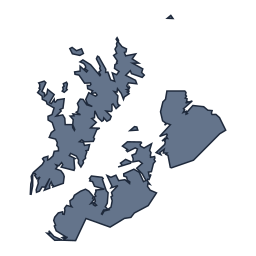 Hammerfest nor, Finnmark, Norway (Mercator projection)
{"feature_id": "86288312B61529177731516", "entity_name": "Hammerfest nor", "entity_type": "district", "adm_level": 2, "iso_a3": "NOR", "parent_name": "Norway", "parent_adm1": "Finnmark", "projection": "mercator", "projection_center": [23.196, 70.658], "detail": "fine", "context": "isolated", "style": "filled", "palette": "slate", "viewbox_px": 256, "rotation_deg": 0, "n_neighbors": 0, "source": "geoboundaries", "source_scale": "gbopen_adm2", "svg_char_len": 5698}
<svg xmlns="http://www.w3.org/2000/svg" viewBox="0 0 256 256"><path d="M30.3,194.2L31.1,194.3L32.7,185.8L32.7,173.9L35.1,173.5L35.8,174.5L34.7,175.4L37.0,178.9L40.0,177.0L37.9,180.6L38.3,183.3L36.2,189.8L36.5,192.3L39.5,191.1L42.1,186.9L45.0,187.2L49.8,178.4L44.3,190.2L49.8,188.1L49.5,185.2L51.2,181.9L52.3,184.4L51.8,185.1L53.2,185.5L52.9,187.0L63.3,183.3L64.2,176.6L63.4,174.1L60.9,170.7L55.7,168.8L57.4,166.6L56.1,164.9L58.8,165.8L61.6,162.6L62.8,164.7L61.2,167.1L74.0,170.4L74.7,168.4L73.9,159.1L75.2,158.6L69.3,155.6L70.6,153.4L76.3,156.0L78.6,160.0L78.3,162.9L80.9,167.0L83.5,162.8L83.0,160.6L85.6,158.2L85.3,156.3L86.8,152.0L86.0,150.7L88.2,150.2L89.6,144.6L84.5,145.4L83.4,142.3L79.4,141.7L81.7,139.8L84.4,141.8L93.3,141.4L94.5,138.8L93.5,137.4L96.8,129.7L99.8,128.2L90.5,127.9L96.3,122.4L91.8,118.5L94.5,117.7L94.8,110.8L98.1,117.7L101.8,121.3L103.3,120.4L103.8,117.9L106.9,121.3L110.0,119.6L111.2,116.4L106.0,111.0L111.0,111.6L112.0,110.6L111.9,104.5L113.0,103.9L116.1,108.6L119.7,105.3L118.1,104.6L117.4,101.8L117.9,95.9L114.1,91.5L117.0,92.1L117.5,88.7L121.2,93.4L123.5,99.4L124.3,97.0L129.1,93.7L127.2,92.1L128.7,91.8L129.0,91.3L128.9,91.0L126.7,89.6L128.7,89.4L129.7,87.5L129.0,86.5L128.8,88.7L126.7,85.9L128.4,82.8L136.8,83.8L135.5,80.3L125.7,75.3L130.3,70.7L131.5,73.6L142.2,77.4L144.3,75.1L141.6,72.5L142.8,68.9L132.5,63.2L138.8,63.1L132.2,58.9L135.7,53.9L125.6,55.8L124.4,52.4L126.0,51.9L126.5,48.9L122.0,46.7L118.4,42.1L118.5,40.3L117.1,37.7L116.1,39.2L117.6,41.3L116.5,43.7L116.9,46.0L115.0,49.1L116.7,53.3L113.6,55.4L117.4,61.0L116.5,62.2L117.1,63.2L114.9,64.7L114.5,68.4L119.0,71.5L116.6,74.7L112.3,72.9L114.7,81.3L110.7,79.9L107.9,72.1L105.6,72.4L105.8,69.2L98.8,56.8L97.5,56.2L96.4,58.8L100.2,66.3L99.7,68.6L100.8,70.4L98.9,72.0L100.5,74.9L99.9,75.7L90.6,64.7L82.9,59.9L80.0,61.9L83.7,63.5L85.4,65.7L85.7,67.5L84.8,68.5L87.6,70.7L86.5,72.0L80.1,66.2L80.1,71.1L74.6,71.9L75.0,74.3L79.0,75.1L84.6,83.2L90.5,82.9L90.9,84.4L89.8,85.6L87.3,85.4L87.7,88.7L92.7,90.8L91.6,92.1L92.0,93.4L95.5,92.7L97.1,94.9L95.6,96.2L88.8,92.7L85.7,99.5L87.5,104.0L92.3,106.5L86.7,104.8L83.1,99.4L80.3,99.1L77.4,103.5L78.7,106.9L77.9,111.1L76.2,112.2L80.5,114.7L72.9,113.9L74.0,115.8L70.1,116.1L73.2,119.6L72.7,124.8L74.8,129.5L74.4,130.4L72.7,127.7L72.5,124.6L65.2,124.6L64.8,118.3L62.7,114.9L56.1,116.1L61.2,111.0L60.0,109.5L63.0,108.2L64.2,98.8L57.4,99.8L55.5,102.1L54.4,101.9L54.2,99.3L51.3,103.6L49.4,102.7L54.2,94.6L47.7,89.4L46.8,94.1L44.3,96.5L44.6,93.2L41.9,91.5L45.9,82.7L44.2,81.1L38.7,82.9L39.7,84.5L39.7,87.4L39.0,88.1L40.1,89.2L37.6,92.6L42.1,96.1L42.3,99.3L46.3,101.3L47.0,103.9L54.1,108.0L52.0,114.6L48.0,116.3L48.1,120.0L52.2,122.5L54.7,130.0L51.3,132.5L49.2,137.4L55.6,139.1L57.3,142.5L56.8,145.5L58.4,147.5L58.5,150.8L54.2,151.3L53.0,155.9L49.3,159.3L47.6,160.0L47.9,156.3L43.6,157.6L42.5,158.8L44.2,161.2L42.3,164.5L33.3,172.5L31.2,176.3L31.7,180.7L30.8,184.0L30.3,194.2ZM156.5,192.9L150.2,190.2L147.5,186.4L147.9,183.6L149.9,184.3L147.3,180.9L147.6,179.3L149.0,179.6L151.0,174.5L149.2,176.0L148.4,172.1L151.4,171.7L153.4,163.6L155.3,161.3L154.1,159.6L154.9,158.1L154.6,156.5L149.9,157.5L150.9,156.7L150.3,155.5L151.0,152.7L149.6,150.4L151.6,143.7L144.0,148.0L140.5,146.1L140.1,144.4L141.5,142.9L140.9,142.0L127.4,141.8L122.4,146.1L127.5,149.5L126.3,150.4L127.5,151.7L135.2,147.9L137.5,149.0L135.7,153.6L131.9,155.2L133.2,158.8L132.9,161.9L138.9,160.8L142.3,163.4L136.7,168.2L142.2,173.7L146.0,180.5L143.5,181.6L139.2,172.3L133.9,169.2L123.7,173.8L123.8,176.1L126.6,177.1L127.3,180.1L129.8,181.9L129.6,183.5L124.9,179.7L118.6,180.6L115.9,175.2L110.9,177.3L107.0,175.5L111.9,186.0L110.9,187.9L117.9,185.6L111.5,192.4L112.5,195.8L111.0,196.8L112.2,200.7L111.0,207.1L108.7,208.8L109.2,209.7L104.2,211.0L102.2,214.4L101.5,213.9L103.6,210.0L108.1,209.6L105.3,206.7L107.3,203.1L108.1,192.7L106.3,190.8L102.4,179.5L103.2,178.5L102.1,177.3L91.4,176.0L89.5,178.6L90.4,179.4L89.7,180.9L92.5,181.6L94.5,186.2L104.4,189.2L95.2,190.1L96.3,190.5L94.8,194.5L95.8,196.1L94.3,197.0L95.4,201.2L94.3,202.9L96.6,205.2L95.2,205.9L93.3,204.7L94.1,203.9L93.3,202.8L90.7,203.6L93.9,199.7L92.5,198.2L93.4,196.6L88.9,191.2L85.5,189.2L80.6,191.2L74.4,195.2L73.1,198.4L69.9,200.8L70.3,204.6L71.8,206.8L66.6,205.4L64.5,208.3L64.9,210.5L64.2,214.4L62.8,214.2L62.6,211.8L58.3,212.9L54.7,217.2L53.7,220.5L55.6,225.2L54.3,226.0L56.2,230.8L65.3,236.5L62.1,237.6L63.1,238.2L67.6,237.1L63.0,240.2L75.6,240.6L86.0,218.5L110.1,227.1L124.4,218.4L130.9,217.4L134.3,213.0L148.2,205.6L156.5,192.9ZM219.7,133.8L225.7,130.2L219.5,117.6L215.9,114.4L212.0,114.5L211.4,113.1L212.1,110.6L207.8,110.2L203.7,106.7L192.9,105.5L186.4,112.8L187.4,113.6L186.0,114.2L186.2,111.3L183.1,112.5L184.6,109.8L183.5,108.7L192.3,100.9L185.6,103.1L187.6,101.6L186.6,101.3L187.1,98.8L185.2,98.1L186.5,96.1L185.5,95.0L186.0,92.5L184.8,91.0L166.9,91.0L165.5,99.3L162.9,101.9L160.5,111.8L162.6,120.8L165.9,123.2L164.6,125.2L167.0,123.4L170.4,124.7L159.6,136.4L166.7,134.0L167.3,135.0L166.3,136.6L167.5,138.4L165.2,138.0L162.0,141.0L165.6,139.2L164.6,141.2L165.3,142.0L164.7,144.5L156.1,152.6L160.9,154.7L159.8,152.6L164.2,149.3L163.3,153.0L167.0,153.1L165.8,154.4L168.0,155.4L170.3,167.4L171.5,167.8L193.5,160.2L219.7,133.8ZM72.1,47.4L69.8,48.6L72.4,53.8L79.8,55.4L83.4,53.5L81.5,48.8L76.5,50.7L72.1,47.4ZM118.1,167.0L130.5,163.2L131.3,161.9L125.6,159.4L120.5,163.1L122.4,165.5L118.1,167.0ZM62.2,240.1L54.0,236.5L48.9,230.8L49.6,233.5L47.0,233.2L54.7,240.3L62.2,240.1ZM66.5,82.2L63.3,83.7L64.1,86.2L62.7,87.3L63.3,89.5L62.2,91.1L64.2,92.3L67.2,89.7L66.4,88.7L67.4,83.9L66.5,82.2ZM129.9,130.6L137.8,130.1L136.8,127.0L134.5,126.6L129.9,130.6ZM167.3,18.3L173.0,18.5L170.8,15.4L167.3,18.3Z" fill="#64748b" stroke="#1e293b" stroke-width="1.5"/></svg>